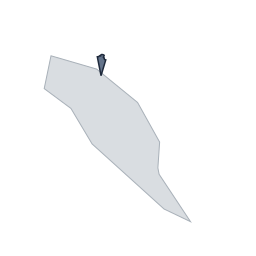 Elechui, Palau shown in context, rotated 124°
{"feature_id": "81905179B66234991007705", "entity_name": "Elechui", "entity_type": "district", "adm_level": 2, "iso_a3": "PLW", "parent_name": "Palau", "parent_adm1": "", "projection": "natural_earth1", "projection_center": [134.481, 7.438], "detail": "fine", "context": "in_parent", "style": "filled", "palette": "slate", "viewbox_px": 256, "rotation_deg": 124, "n_neighbors": 0, "source": "geoboundaries", "source_scale": "gbopen_adm2", "svg_char_len": 1064}
<svg xmlns="http://www.w3.org/2000/svg" viewBox="0 0 256 256"><g transform="rotate(124 128 128)"><path d="M142.2,219.5L111.2,232.2L96.7,186.9L101.5,134.3L122.0,93.9L144.4,80.9L149.0,76.3L170.7,23.8L175.0,52.8L161.3,148.8L143.7,186.2L142.2,219.5Z" fill="#d9dde1" stroke="#a8b0b8" stroke-width="1"/><path d="M84.0,184.5L84.2,184.9L84.1,185.1L84.2,185.5L84.3,185.6L84.3,185.8L84.2,186.0L83.9,186.3L83.7,186.5L83.4,186.7L83.4,186.8L83.2,187.1L83.3,187.3L83.4,187.5L83.2,187.7L83.2,187.9L83.1,188.0L83.0,187.9L82.8,187.8L82.6,187.9L82.3,188.1L82.1,188.1L81.9,188.2L81.6,188.2L81.3,188.3L81.2,188.3L81.1,188.5L81.0,188.9L81.1,189.1L81.1,189.4L81.2,189.8L81.3,190.0L81.5,190.4L81.7,190.6L81.9,190.8L82.0,190.9L81.9,191.0L82.0,191.1L82.3,191.2L82.7,191.3L82.8,191.4L83.1,191.5L83.4,191.5L83.5,191.4L83.5,191.5L83.8,191.8L84.0,191.9L84.3,192.0L84.5,192.1L84.8,192.1L85.0,192.1L85.2,192.3L85.3,192.3L85.5,192.4L85.6,192.6L85.7,192.8L85.8,192.9L85.9,193.0L86.0,193.2L86.1,193.3L99.7,179.6L85.0,184.2L84.0,184.5Z" fill="#64748b" stroke="#1e293b" stroke-width="1.5"/></g></svg>